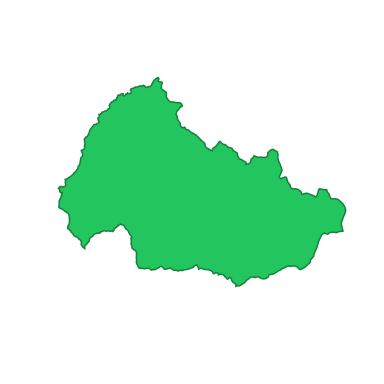 Paucar del Sara Sara, Ayacucho, Peru, rotated 61°
{"feature_id": "86281439B2335634793113", "entity_name": "Paucar del Sara Sara", "entity_type": "district", "adm_level": 2, "iso_a3": "PER", "parent_name": "Peru", "parent_adm1": "Ayacucho", "projection": "albers", "projection_center": [-73.322, -15.115], "detail": "fine", "context": "isolated", "style": "filled", "palette": "green", "viewbox_px": 384, "rotation_deg": 61, "n_neighbors": 0, "source": "geoboundaries", "source_scale": "gbopen_adm2", "svg_char_len": 5985}
<svg xmlns="http://www.w3.org/2000/svg" viewBox="0 0 384 384"><g transform="rotate(61 192 192)"><path d="M189.5,313.1L187.9,312.4L187.4,311.9L186.7,310.5L186.7,309.4L185.8,308.3L185.5,306.3L182.8,303.7L182.5,300.1L181.5,298.5L181.7,296.6L182.1,295.7L182.0,294.8L182.7,294.2L182.7,293.1L183.2,292.7L183.3,292.3L182.5,291.0L183.0,290.2L183.1,287.5L184.5,286.4L184.9,285.0L186.6,282.6L187.2,281.1L188.2,280.5L187.6,278.7L186.2,277.8L186.5,277.4L186.5,276.9L186.2,276.1L186.3,275.5L185.8,274.3L186.0,273.6L185.3,272.4L185.5,271.3L185.2,270.3L186.3,269.6L187.3,268.3L189.3,267.7L190.6,267.7L191.3,267.9L192.4,267.7L194.7,266.6L197.9,267.0L201.6,266.5L202.6,266.8L202.7,267.5L203.2,268.1L205.7,268.9L207.4,270.2L209.0,270.7L210.1,270.7L211.9,271.7L214.7,270.7L215.5,269.8L218.1,269.9L222.6,272.6L224.8,273.5L226.7,274.9L228.9,275.2L230.3,275.0L231.6,275.4L232.7,275.2L233.7,274.4L234.5,272.6L236.3,270.7L236.6,268.6L237.8,266.6L240.3,265.6L240.7,265.2L241.2,263.1L241.9,262.3L242.2,261.1L241.9,259.9L242.1,258.5L241.7,255.7L242.0,255.1L243.3,254.2L245.6,253.7L246.4,253.4L247.1,251.5L247.3,249.9L247.9,248.8L247.9,248.0L248.4,247.8L249.0,247.0L250.4,246.7L251.6,245.8L253.1,243.6L254.4,242.4L254.9,239.7L256.0,238.9L256.2,237.0L257.9,231.8L257.8,230.0L258.3,228.9L258.5,227.8L257.8,224.9L258.1,223.1L260.4,222.9L262.7,223.6L262.7,222.7L263.3,220.7L265.2,219.3L266.9,217.1L267.4,215.8L270.3,213.3L272.1,212.8L273.7,213.0L274.2,211.9L274.2,210.6L274.7,209.4L275.6,208.7L277.3,209.1L277.2,207.9L277.4,207.4L279.1,205.2L280.4,204.4L281.5,204.4L283.2,203.8L284.7,203.6L285.5,203.1L285.5,202.3L284.9,201.1L285.2,200.4L286.8,199.5L288.1,200.2L290.9,199.9L293.9,198.4L294.6,198.6L295.6,199.3L296.0,199.3L295.9,198.2L297.1,195.8L297.1,194.0L296.8,190.1L296.2,188.4L295.6,187.3L295.5,184.7L294.9,181.8L295.5,180.4L297.4,178.4L297.6,176.7L298.5,174.9L300.6,173.7L301.8,172.7L302.6,171.6L303.4,169.8L303.4,167.0L302.8,166.0L302.1,165.3L301.8,164.4L303.2,160.8L303.1,157.2L302.8,155.3L303.1,152.8L302.8,150.6L303.2,147.9L303.1,145.2L304.0,142.5L304.7,142.2L305.0,141.5L305.8,139.1L306.3,138.2L308.4,136.4L310.1,136.1L311.6,135.5L312.5,134.7L312.5,129.6L310.9,122.7L309.0,121.5L307.3,116.9L305.3,115.2L302.6,111.8L301.7,110.3L296.3,104.9L293.8,101.4L292.4,99.2L292.1,98.2L292.0,96.3L294.2,94.3L294.7,93.5L294.7,92.8L294.2,90.9L295.7,87.7L297.4,85.7L297.7,84.8L298.0,82.1L299.1,80.0L299.4,78.9L293.3,77.3L291.3,76.3L286.6,70.9L284.0,67.6L282.5,66.5L279.6,65.7L277.6,65.6L275.1,65.8L270.6,67.3L269.5,67.8L268.7,68.4L267.6,69.7L265.5,73.4L264.8,73.7L262.6,73.6L260.5,73.1L257.5,73.6L256.4,73.4L255.9,73.1L255.3,73.1L254.8,73.7L254.2,75.2L250.9,79.0L252.2,80.9L253.5,82.0L255.5,84.1L256.2,86.1L255.7,86.8L254.8,87.1L253.0,88.4L249.0,91.8L248.2,93.2L247.3,97.0L244.4,96.5L241.3,97.9L239.4,99.8L238.4,102.1L237.2,103.0L236.0,103.4L234.7,103.4L233.6,102.9L229.7,103.4L227.5,103.0L226.6,102.6L224.6,102.5L224.0,103.5L223.5,107.5L223.0,108.1L222.1,108.3L220.7,108.0L218.8,105.2L216.6,102.7L215.9,102.5L210.3,101.5L206.8,101.2L205.0,100.8L203.7,100.3L200.6,98.5L198.2,97.9L196.2,99.2L194.3,100.1L193.6,101.3L193.5,103.7L194.6,106.8L196.6,108.1L197.4,109.2L197.4,111.0L196.5,112.6L194.5,115.4L193.8,117.3L190.4,120.2L191.4,121.2L191.7,123.7L192.0,124.3L194.6,126.7L194.8,128.5L194.1,131.3L193.5,130.7L192.8,130.4L191.6,130.6L190.1,131.7L187.6,133.0L185.9,134.5L185.3,134.6L182.1,134.5L180.4,133.6L179.7,133.6L175.6,135.9L174.2,135.7L173.2,135.9L169.9,138.9L166.8,139.9L165.0,141.9L161.2,143.1L161.3,144.0L163.3,148.0L163.9,150.8L163.8,152.1L164.5,152.7L165.6,154.6L160.2,158.0L159.1,158.2L158.3,158.1L155.4,157.3L151.5,158.8L144.8,160.6L140.4,163.0L139.1,164.1L136.2,165.0L134.2,167.0L132.9,167.1L132.0,166.8L131.6,167.3L131.4,168.9L130.1,169.7L128.2,170.0L126.3,169.2L125.0,169.0L122.2,169.4L119.4,168.7L118.4,168.1L116.5,168.5L114.1,166.2L113.4,163.8L112.2,161.3L112.3,158.9L110.4,158.4L108.7,158.8L107.8,159.6L106.9,161.4L103.7,165.5L102.8,167.2L100.7,168.1L96.8,168.4L95.7,168.2L93.9,166.9L92.3,166.1L91.1,166.9L90.1,167.1L87.7,168.5L86.7,168.6L85.7,168.1L83.5,166.6L82.4,165.3L81.6,165.0L81.1,165.2L80.3,166.5L78.6,167.9L78.1,167.7L77.2,166.2L76.0,165.9L75.6,166.0L75.4,166.3L75.4,169.1L76.2,171.7L78.2,174.8L78.9,175.4L79.5,177.2L78.9,178.4L79.0,179.6L78.5,180.1L78.5,181.4L77.9,181.8L76.6,181.8L75.1,182.8L75.4,184.4L74.3,185.1L74.3,186.2L73.7,187.1L73.8,188.4L73.3,189.9L72.6,191.0L72.9,192.0L72.3,195.4L72.5,196.0L72.9,196.4L73.7,196.1L74.3,196.3L75.8,197.3L76.0,197.8L75.1,199.9L74.2,200.4L75.0,201.1L74.3,202.0L75.2,203.8L75.3,204.7L74.4,205.4L73.8,205.2L73.1,204.6L72.5,204.7L71.9,206.8L72.6,208.4L72.3,208.7L71.7,208.8L71.5,209.3L72.0,210.7L73.1,211.2L73.1,212.1L73.8,212.4L74.1,213.4L74.9,213.7L74.9,214.0L74.3,214.7L73.9,216.0L74.5,216.7L74.5,217.7L74.3,218.7L74.9,220.1L75.0,220.7L75.7,221.4L76.0,222.4L77.3,222.5L78.4,223.1L78.9,223.7L78.8,225.2L79.5,227.3L79.0,229.2L79.1,230.1L78.5,232.1L79.6,233.2L79.4,234.0L79.7,234.5L79.1,235.8L80.3,236.0L81.4,237.2L81.7,238.3L82.6,239.0L84.5,239.3L85.9,239.2L86.3,241.0L86.1,243.1L85.6,245.3L86.5,246.8L87.1,248.7L88.6,251.7L90.3,253.2L92.5,256.3L92.5,257.9L93.3,260.2L93.8,260.7L98.1,262.3L99.8,263.9L101.3,264.5L102.2,265.5L102.4,266.2L101.9,268.6L103.3,269.1L105.3,269.0L107.0,269.9L107.8,270.8L108.0,272.2L108.6,273.0L112.8,276.2L113.7,277.2L114.3,278.9L116.4,280.8L116.4,281.4L117.7,283.7L118.0,285.5L118.6,286.6L119.3,289.3L119.9,294.8L119.5,296.9L121.0,297.1L122.3,298.4L124.1,298.7L125.0,299.3L125.5,300.3L125.1,302.3L123.8,303.6L123.3,304.7L124.0,307.1L124.3,307.1L125.2,306.5L125.6,306.5L127.4,307.4L127.9,307.5L129.3,306.9L129.5,305.7L130.2,306.5L131.4,307.5L132.0,308.3L132.8,308.8L135.4,312.5L138.8,314.4L140.5,315.8L141.8,315.7L144.5,313.5L146.9,312.6L150.6,310.7L153.2,310.9L158.9,313.7L160.4,315.0L161.7,317.1L163.6,318.4L166.1,317.3L168.2,317.2L170.1,316.6L173.5,316.2L176.1,314.2L177.2,313.8L177.9,313.9L180.4,312.9L182.7,313.1L183.7,314.2L185.0,314.4L187.9,314.0L189.5,313.1Z" fill="#22c55e" stroke="#15803d" stroke-width="1.5"/></g></svg>